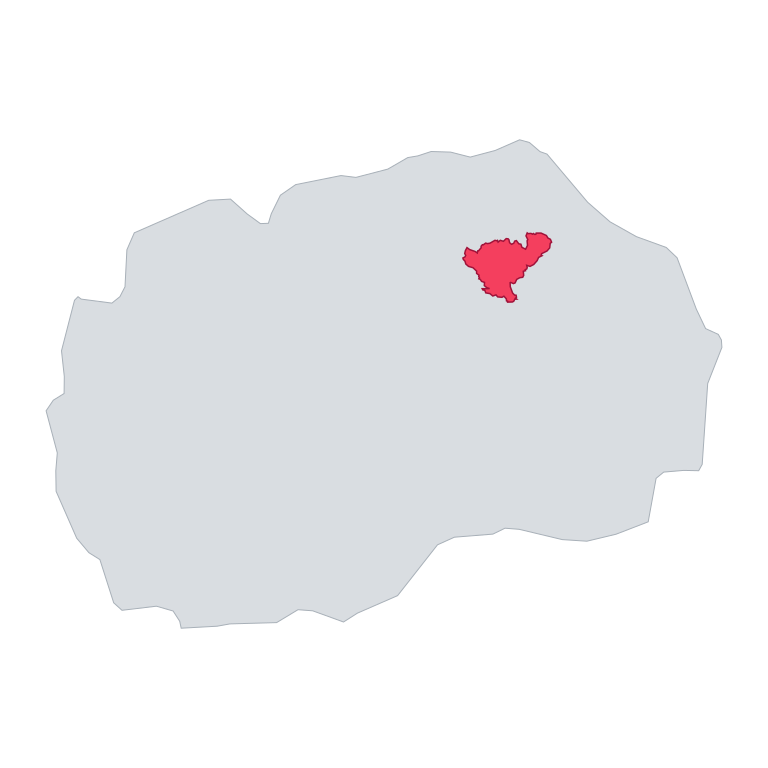 Probishtip, Probištip, North Macedonia shown in context
{"feature_id": "65306769B77105819408507", "entity_name": "Probishtip", "entity_type": "district", "adm_level": 2, "iso_a3": "MKD", "parent_name": "North Macedonia", "parent_adm1": "Probištip", "projection": "robinson", "projection_center": [22.188, 41.964], "detail": "fine", "context": "in_parent", "style": "filled", "palette": "rose", "viewbox_px": 768, "rotation_deg": 0, "n_neighbors": 0, "source": "geoboundaries", "source_scale": "gbopen_adm2", "svg_char_len": 2580}
<svg xmlns="http://www.w3.org/2000/svg" viewBox="0 0 768 768"><path d="M341.3,175.6L355.9,177.4L387.8,169.1L407.7,157.6L417.8,155.9L431.2,151.5L450.6,152.1L470.2,157.1L495.1,150.5L519.6,139.8L529.4,142.5L540.0,151.6L547.0,154.1L587.7,202.3L610.0,221.8L636.3,236.6L666.3,247.5L677.1,257.8L696.3,309.1L705.6,328.6L718.3,334.4L721.4,340.0L721.9,347.4L707.7,383.5L702.2,464.3L698.7,470.7L683.6,470.4L663.7,472.1L656.1,478.3L648.2,521.8L616.1,534.2L586.9,541.2L562.3,539.6L519.1,529.3L505.0,528.2L492.9,534.1L454.4,537.2L437.5,544.8L397.6,595.6L357.3,613.2L343.5,622.0L312.7,610.8L298.0,609.7L276.6,622.6L229.9,623.9L217.2,626.2L181.2,628.2L179.7,621.2L173.1,611.0L156.4,606.2L122.0,610.3L113.7,602.8L99.9,559.6L88.9,552.7L76.7,538.2L56.1,491.3L55.8,470.8L57.3,452.9L46.1,410.8L53.3,400.2L64.1,393.5L64.3,376.5L61.5,350.8L74.5,300.3L78.0,296.7L81.2,299.1L111.9,303.1L119.9,296.7L125.0,286.8L126.9,249.8L134.3,232.8L208.7,200.3L230.5,199.1L247.2,214.0L260.4,223.6L268.4,223.3L271.3,213.7L280.4,195.2L295.7,184.6L340.8,175.6L341.3,175.6Z" fill="#d9dde1" stroke="#a8b0b8" stroke-width="1"/><path d="M485.8,292.9L489.9,293.6L492.8,296.0L496.0,294.9L497.7,296.9L502.0,297.3L503.9,296.2L506.3,298.8L506.5,300.9L507.6,301.2L507.6,302.1L512.4,302.0L513.7,301.3L514.8,299.2L516.7,299.1L515.5,298.1L516.5,297.3L516.1,295.2L514.6,295.1L512.6,293.0L510.3,286.8L510.1,282.7L510.7,282.4L513.4,283.6L515.1,282.9L516.7,279.4L519.8,277.7L522.7,277.3L523.7,275.4L523.3,271.3L525.5,270.7L525.2,269.7L526.8,268.9L527.2,267.5L526.7,265.3L530.0,266.4L533.7,264.5L537.1,260.7L538.6,257.4L542.0,255.7L541.2,255.3L541.6,253.7L547.0,251.0L549.7,247.9L550.2,243.4L551.6,242.2L550.4,239.3L547.9,238.0L546.4,235.5L541.1,233.1L536.2,233.1L535.8,234.3L534.6,234.4L533.4,233.5L532.5,234.2L531.0,233.4L528.0,233.6L527.2,232.9L526.0,235.9L527.8,239.6L527.1,240.8L527.5,245.4L525.6,249.2L521.9,247.3L520.9,244.2L518.8,243.8L516.4,240.6L514.7,241.1L513.8,243.2L511.6,244.3L509.6,242.7L508.9,239.6L508.1,238.8L506.2,238.6L503.4,241.3L500.3,240.3L498.1,242.1L497.5,240.4L496.8,240.8L495.0,240.3L489.9,243.2L487.4,243.6L485.7,243.1L483.3,244.8L482.4,244.7L481.1,246.2L481.1,247.8L478.5,250.8L477.7,250.9L477.3,253.0L475.2,251.5L469.7,249.6L467.0,247.6L465.4,250.6L464.7,253.6L465.7,255.3L465.1,256.8L462.9,258.0L463.3,259.4L465.0,261.2L465.8,264.0L468.5,266.4L473.0,267.7L476.6,271.1L476.6,273.4L479.0,275.2L478.7,276.6L479.4,277.5L478.8,278.8L480.2,279.3L481.6,281.4L484.5,282.4L484.3,285.6L486.7,287.6L489.6,288.6L482.2,288.7L482.8,289.9L484.8,290.3L485.8,292.9Z" fill="#f43f5e" stroke="#9f1239" stroke-width="1.5"/></svg>